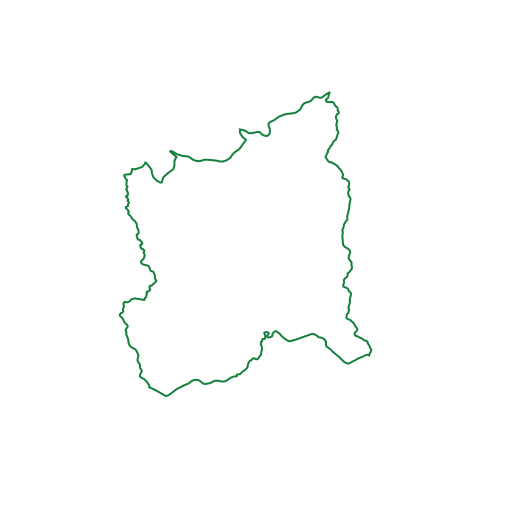 Murrupula, Nampula, Mozambique, rotated 225°
{"feature_id": "85939544B53018455745149", "entity_name": "Murrupula", "entity_type": "district", "adm_level": 2, "iso_a3": "MOZ", "parent_name": "Mozambique", "parent_adm1": "Nampula", "projection": "robinson", "projection_center": [38.672, -15.419], "detail": "fine", "context": "isolated", "style": "outline", "palette": "green", "viewbox_px": 512, "rotation_deg": 225, "n_neighbors": 0, "source": "geoboundaries", "source_scale": "gbopen_adm2", "svg_char_len": 6146}
<svg xmlns="http://www.w3.org/2000/svg" viewBox="0 0 512 512"><g transform="rotate(225 256 256)"><path d="M319.5,424.3L320.8,419.9L321.4,415.3L322.0,413.6L326.1,411.1L326.9,409.9L327.2,408.5L326.9,404.6L327.7,402.2L329.1,399.9L329.9,397.7L329.8,395.6L328.4,390.7L328.6,388.8L329.3,385.6L329.8,384.4L334.9,377.8L336.4,375.2L338.5,370.1L339.2,364.9L340.6,361.4L340.8,359.3L340.5,358.2L339.7,357.4L335.7,355.3L334.0,353.8L332.8,351.9L332.9,349.3L333.5,348.1L336.3,346.5L337.8,346.2L340.4,346.3L341.7,345.7L342.9,344.5L345.5,340.3L347.9,337.8L351.8,337.0L354.1,336.1L356.8,334.1L355.9,333.7L355.2,332.3L353.8,331.5L349.8,330.7L345.6,331.1L345.1,330.8L343.4,320.0L344.5,313.9L344.3,310.3L343.6,307.5L344.4,303.0L346.4,299.2L348.9,296.9L351.1,295.7L354.8,292.8L358.4,289.7L360.6,287.5L362.6,283.7L365.0,281.3L368.4,279.6L372.6,278.9L374.2,278.3L375.3,277.7L378.6,274.9L382.4,272.8L385.9,271.5L388.2,271.2L389.6,270.6L390.7,269.7L390.5,269.2L382.1,269.8L381.9,268.1L380.5,265.0L378.3,263.1L377.1,261.4L375.9,258.9L375.9,258.2L376.7,253.6L377.2,246.8L376.9,245.5L374.9,241.9L374.7,241.1L375.7,240.3L379.2,239.2L384.1,239.1L388.2,241.0L390.7,243.1L395.2,243.8L399.5,244.1L400.3,243.8L399.7,242.4L399.5,238.3L402.3,232.7L403.8,230.8L405.0,230.1L405.0,229.5L403.7,228.1L403.2,226.6L402.7,226.2L402.6,225.1L406.1,221.0L406.3,220.0L405.7,219.4L402.6,218.4L401.0,218.5L398.0,214.5L395.9,214.0L395.5,213.5L395.2,211.6L394.5,211.2L393.8,211.3L393.0,210.6L391.8,210.4L390.8,209.7L389.4,207.8L390.2,206.6L389.9,206.0L386.3,205.7L385.8,205.3L385.7,204.2L384.3,204.2L383.4,203.7L383.1,202.1L381.9,200.8L382.6,198.9L382.4,198.2L381.9,197.9L379.0,197.9L377.0,197.2L376.9,196.1L375.7,195.4L372.6,195.5L369.3,194.7L366.9,195.0L363.6,194.6L359.4,191.6L357.9,191.5L355.4,189.5L355.0,188.2L355.4,187.0L355.0,186.1L353.4,185.5L352.3,184.5L350.9,184.2L349.8,185.1L346.6,185.1L345.1,184.3L345.0,183.1L345.6,182.5L345.6,181.9L344.0,180.6L341.6,180.2L341.0,180.9L338.8,180.9L338.3,180.2L338.0,178.9L335.6,178.2L334.0,175.8L333.5,174.0L333.6,171.0L332.7,170.1L330.8,169.9L330.0,170.1L326.3,172.4L324.5,172.9L323.0,172.5L321.5,171.4L320.6,171.2L319.6,171.1L317.7,172.2L316.8,172.1L313.4,170.5L312.4,169.3L311.0,168.5L308.9,168.0L308.6,167.4L308.9,165.9L308.6,165.1L308.9,162.8L308.7,162.0L308.9,161.1L309.4,160.8L309.8,160.0L309.7,159.1L309.1,158.4L307.1,157.4L306.9,156.7L307.0,154.9L307.8,154.1L307.8,153.1L306.7,152.5L305.4,150.2L304.8,149.6L304.8,147.2L304.0,146.7L303.9,146.0L304.3,145.5L308.8,142.6L309.7,141.7L311.6,140.5L313.5,137.1L313.4,134.5L313.8,133.1L314.9,131.6L316.5,130.5L316.5,129.9L316.2,128.8L315.3,127.9L313.9,127.3L312.4,124.3L310.7,122.9L310.5,121.2L311.1,120.3L311.0,118.8L310.2,117.7L309.3,117.4L306.0,117.5L301.9,116.1L298.3,116.0L297.1,115.7L296.6,114.8L296.2,112.0L295.7,111.4L293.6,110.4L292.7,109.0L287.8,106.9L286.0,105.7L285.5,104.9L283.4,103.9L281.5,103.3L279.8,103.3L275.8,104.5L274.2,104.6L269.8,103.1L268.0,101.7L267.1,99.6L265.7,98.2L260.9,96.9L259.0,94.9L256.2,94.4L255.2,93.7L254.1,90.2L253.3,89.0L252.8,88.7L250.9,88.9L248.5,89.8L244.9,89.9L240.4,89.1L238.9,88.4L238.7,87.7L231.9,90.2L221.0,93.1L220.1,94.0L219.5,95.6L219.0,97.8L217.9,106.3L216.7,109.4L215.6,113.3L213.6,118.0L213.0,122.5L211.7,125.2L210.4,126.5L208.3,127.8L202.9,128.5L201.1,129.9L198.5,133.8L197.0,138.6L194.9,140.8L191.5,143.0L189.9,144.7L188.9,146.4L187.7,152.3L186.2,155.5L184.6,157.3L185.4,158.1L185.5,159.1L184.3,160.3L183.8,161.3L183.6,165.4L183.0,169.3L183.5,171.3L185.9,175.4L186.2,177.7L185.7,178.5L185.8,180.9L185.2,182.2L182.7,183.2L181.9,184.7L182.6,189.3L183.7,191.1L184.3,191.6L185.5,193.9L186.9,195.4L188.4,196.3L189.9,196.6L190.7,198.0L191.6,198.5L191.5,200.0L192.6,201.8L192.4,202.4L191.5,203.0L191.3,203.6L191.4,204.3L193.1,206.3L195.7,207.3L195.9,207.9L195.0,209.4L193.9,210.3L192.5,210.5L192.1,210.2L191.8,208.1L190.8,206.8L190.0,206.9L189.0,207.7L187.9,210.3L188.2,211.4L189.3,212.7L189.5,215.6L189.2,216.6L187.8,217.3L187.2,217.2L185.0,217.8L181.0,217.5L177.8,217.7L173.9,218.5L172.0,219.4L168.8,224.8L161.5,240.2L160.8,241.1L158.6,242.2L156.5,242.7L154.6,242.7L151.6,244.7L149.2,245.5L147.5,245.3L145.7,244.7L143.5,242.5L142.7,242.0L141.6,242.0L137.4,242.7L134.0,242.6L126.1,243.3L119.8,243.4L117.6,243.7L114.9,245.0L113.9,246.3L113.3,249.3L112.5,251.2L111.2,256.1L109.5,259.9L108.1,264.2L106.8,265.4L105.7,265.7L106.4,267.0L107.2,269.6L108.2,271.3L111.0,271.9L112.1,272.7L114.9,273.2L116.1,274.0L117.2,274.2L119.9,272.9L123.1,272.5L123.8,272.0L128.0,270.8L129.2,269.9L130.9,270.4L131.5,271.1L131.9,271.8L131.9,274.9L132.7,276.1L133.2,276.3L135.2,276.3L139.2,277.5L141.1,277.6L142.4,277.3L143.8,277.5L147.1,276.1L148.6,276.3L149.3,277.5L150.4,278.8L150.6,281.5L151.4,282.3L151.7,283.4L152.2,283.9L153.7,284.5L154.6,285.6L156.9,289.9L158.5,291.0L162.0,296.4L163.0,297.0L165.4,296.7L166.4,297.4L167.8,297.8L169.7,297.5L171.7,296.3L173.1,296.5L174.0,297.4L174.8,299.5L176.4,300.6L177.1,301.9L177.3,303.2L176.9,305.0L177.1,306.2L177.4,306.8L178.8,308.5L179.0,309.2L178.6,310.3L179.1,314.3L180.2,316.1L181.6,316.7L184.0,319.1L187.4,319.4L188.9,320.0L190.6,321.9L191.5,324.6L192.9,325.9L193.7,326.2L196.8,326.1L199.4,325.2L202.3,325.5L209.0,331.1L210.9,333.6L212.3,334.9L213.1,335.1L214.6,338.6L216.1,340.6L216.9,343.8L217.0,346.2L219.8,348.8L221.6,352.3L222.5,353.1L223.9,355.8L227.0,359.2L227.3,360.0L229.4,363.0L231.1,364.0L233.0,364.0L233.8,364.9L235.4,365.5L236.7,367.7L237.0,369.4L239.1,369.6L239.6,370.2L239.7,371.2L240.2,371.3L241.5,373.3L242.8,374.2L246.4,374.0L249.2,372.5L250.3,372.3L251.9,375.1L256.3,376.7L260.6,376.8L262.1,377.3L265.8,376.5L266.8,375.9L268.3,376.0L269.0,375.2L271.1,374.1L272.5,374.2L276.5,375.1L277.0,375.4L277.2,376.5L278.1,378.1L278.6,380.5L279.2,381.1L279.8,381.3L280.7,386.2L281.1,387.0L280.9,388.5L282.2,391.6L281.9,394.5L282.1,395.7L283.9,398.9L285.0,401.5L286.4,402.3L288.2,402.4L289.2,403.7L292.2,405.7L293.6,408.6L297.5,410.4L298.7,412.5L298.9,413.6L298.4,415.3L298.8,415.9L299.3,416.3L301.3,416.8L302.3,417.8L303.7,418.6L306.2,418.2L308.7,419.1L310.3,419.2L311.1,418.9L312.7,416.9L314.6,415.3L316.4,415.1L317.0,416.3L316.9,419.0L319.1,422.2L319.5,424.3Z" fill="none" stroke="#15803d" stroke-width="2"/></g></svg>